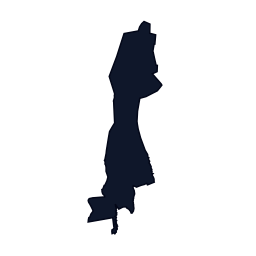 Iturbide, Nuevo León, Mexico (Robinson projection), rotated 209°
{"feature_id": "50627088B63300503507145", "entity_name": "Iturbide", "entity_type": "district", "adm_level": 2, "iso_a3": "MEX", "parent_name": "Mexico", "parent_adm1": "Nuevo León", "projection": "robinson", "projection_center": [-99.928, 24.644], "detail": "fine", "context": "isolated", "style": "filled", "palette": "ink", "viewbox_px": 256, "rotation_deg": 209, "n_neighbors": 0, "source": "geoboundaries", "source_scale": "gbopen_adm2", "svg_char_len": 4040}
<svg xmlns="http://www.w3.org/2000/svg" viewBox="0 0 256 256"><g transform="rotate(209 128 128)"><path d="M90.7,27.9L90.4,28.2L90.5,28.7L90.3,29.0L89.9,29.2L89.6,29.3L89.2,29.5L89.1,29.4L88.9,29.1L88.7,29.1L88.4,29.0L88.2,29.1L88.1,29.3L88.1,29.5L88.3,29.9L88.4,30.1L88.4,30.4L88.3,30.6L88.1,30.7L87.9,30.9L87.8,31.1L87.8,31.3L88.3,32.0L88.9,32.8L88.5,33.5L88.6,33.9L88.5,34.1L88.4,34.2L88.5,34.4L88.8,34.2L89.1,34.4L89.0,34.5L89.0,34.9L89.3,34.9L89.5,35.0L89.5,35.4L89.5,35.5L89.9,35.6L89.9,35.4L90.0,35.3L90.2,35.6L90.0,35.9L89.9,36.0L89.7,36.1L89.9,36.3L90.0,36.3L90.1,36.2L90.2,36.3L90.0,36.6L89.8,36.8L89.7,37.0L89.9,37.0L90.1,37.0L90.1,37.3L90.4,37.4L90.6,37.2L90.9,37.3L90.8,37.6L90.7,38.0L91.0,38.1L91.2,37.9L91.3,37.8L91.5,38.0L92.0,38.1L92.5,37.9L92.4,38.1L92.2,38.1L92.0,38.3L92.4,38.7L91.7,38.7L92.0,39.1L92.3,39.5L92.6,39.6L93.0,39.4L93.3,39.6L93.4,39.9L93.2,40.3L93.7,40.5L93.1,41.1L93.0,41.5L93.4,41.7L93.5,41.8L93.8,41.9L94.1,41.8L94.3,41.8L94.5,42.1L94.9,42.0L94.8,42.4L94.6,42.9L94.8,43.2L94.9,43.5L94.7,43.7L94.7,44.0L95.3,44.5L96.0,44.2L96.3,44.1L96.5,44.2L96.7,44.3L96.6,44.6L96.3,44.8L96.1,45.6L96.2,45.8L96.0,46.0L95.8,46.2L95.8,46.3L96.0,46.4L96.1,46.6L96.1,46.8L96.1,47.1L96.4,47.1L96.6,47.0L96.8,47.1L96.7,47.3L96.5,47.5L96.9,47.7L97.1,47.8L97.1,48.0L96.8,48.4L96.8,48.5L97.1,48.6L97.3,48.6L97.5,48.8L97.7,48.7L97.9,48.6L98.1,48.6L98.2,48.8L98.0,49.0L97.9,49.1L98.1,49.3L98.3,49.2L98.5,49.3L98.6,49.6L98.4,49.7L98.2,49.9L98.2,50.1L98.3,50.2L98.3,50.4L98.3,50.6L98.7,50.8L99.0,50.9L99.2,51.1L99.3,51.3L99.3,51.7L99.2,52.2L99.5,52.4L99.8,52.6L100.1,52.7L102.3,55.2L96.7,52.6L94.1,56.5L93.4,56.9L91.7,58.1L90.4,57.4L90.0,57.5L89.6,57.6L89.2,57.4L88.8,57.4L88.5,57.4L88.0,57.4L87.3,57.2L86.5,56.7L85.6,56.5L85.0,56.1L84.2,55.2L83.3,55.4L83.2,55.5L83.2,56.2L83.1,56.4L83.3,57.2L83.1,57.4L83.0,57.9L83.2,58.5L83.3,58.6L83.4,59.1L83.8,60.4L84.7,61.7L85.3,62.4L85.5,62.9L85.7,63.1L85.8,63.2L86.1,63.9L86.2,64.0L86.6,64.3L87.3,65.5L87.6,65.8L88.2,66.2L88.3,66.5L88.2,67.0L88.4,67.2L88.6,67.5L88.7,68.1L88.9,68.4L89.2,68.7L89.0,69.3L89.2,69.6L89.6,70.0L89.6,70.6L89.7,71.0L90.0,71.3L90.0,72.5L90.1,73.0L90.4,73.8L92.3,76.3L94.6,78.0L95.4,80.1L91.8,80.5L91.3,81.2L88.8,84.2L86.1,86.8L85.8,87.4L85.7,87.6L85.6,87.9L85.5,88.1L85.2,88.3L84.8,88.4L84.7,88.6L84.3,88.3L84.1,88.1L83.6,87.8L83.5,87.7L83.4,87.7L78.8,93.4L79.8,94.4L79.9,95.2L80.4,95.5L80.9,96.4L81.9,97.1L82.4,97.5L83.6,98.1L84.3,99.2L84.0,100.2L84.9,100.0L85.7,100.7L86.0,101.8L86.7,101.5L87.1,101.9L87.1,103.4L88.0,103.7L88.7,104.6L89.2,105.6L90.6,106.4L91.1,107.0L92.5,107.5L92.8,108.2L92.8,108.6L92.9,109.2L93.2,109.6L94.1,109.8L95.3,111.2L95.4,112.1L96.5,112.1L97.8,114.1L98.3,114.5L102.2,116.8L112.2,125.4L118.6,132.0L121.8,136.0L123.4,138.2L125.9,143.4L127.8,147.3L131.1,156.8L132.1,159.7L127.5,164.2L120.4,174.8L119.5,179.8L119.2,181.9L120.3,182.6L127.5,185.2L133.0,187.2L129.9,191.4L132.7,197.0L133.9,196.5L136.0,198.9L136.3,199.2L138.7,201.9L139.1,202.3L139.4,202.7L139.5,202.8L142.4,206.1L142.6,206.5L143.4,207.0L145.9,214.0L145.2,214.4L146.6,217.5L148.9,222.7L149.0,222.9L154.9,221.4L159.2,229.5L165.6,228.9L166.6,225.8L166.8,222.0L166.0,217.9L177.2,208.7L173.9,192.1L172.5,185.1L169.4,164.0L159.0,154.1L155.9,151.1L155.9,150.5L155.9,150.2L154.6,148.1L154.1,146.0L153.8,144.6L153.6,144.6L142.1,125.9L142.3,121.8L142.4,116.0L140.3,109.9L137.8,103.0L136.0,98.0L134.8,95.2L132.8,88.9L132.9,88.5L132.9,88.4L132.7,88.4L132.6,88.2L132.1,87.7L131.5,87.2L130.6,85.3L129.7,84.8L128.4,83.4L127.7,82.3L126.2,79.5L121.8,75.5L120.8,71.5L120.5,67.1L120.5,66.8L120.5,66.5L120.7,66.4L121.0,66.2L120.4,62.6L120.7,62.0L121.0,61.5L120.4,60.7L120.0,60.3L119.9,59.8L119.3,59.2L118.9,58.9L118.6,58.5L117.6,57.9L117.2,57.8L116.9,57.7L116.2,57.6L115.6,57.3L115.1,56.8L115.0,56.4L125.0,49.8L127.7,47.4L127.8,45.6L127.3,44.9L126.4,44.0L125.2,43.3L124.4,42.9L121.8,41.2L119.4,39.5L118.2,38.4L118.7,34.8L118.2,31.5L118.8,30.7L118.3,28.9L117.3,26.5L97.9,42.2L92.6,34.9L91.7,34.0L92.1,31.6L92.6,31.1L91.9,29.6L90.7,27.9Z" fill="#0f172a" stroke="#020617" stroke-width="1.5"/></g></svg>